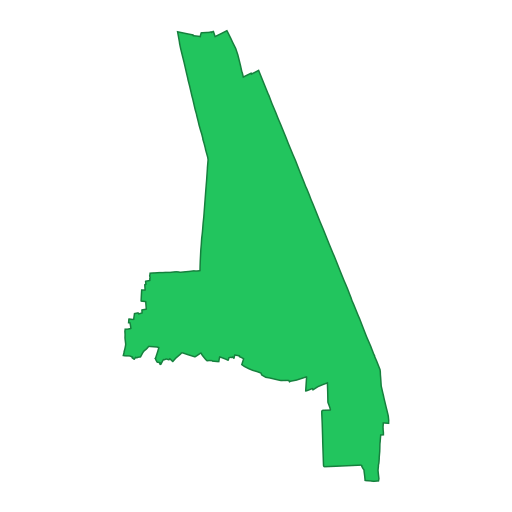 Phutthamonthon, Nakhon Pathom, Thailand (Natural Earth projection)
{"feature_id": "78962969B43033268258309", "entity_name": "Phutthamonthon", "entity_type": "district", "adm_level": 2, "iso_a3": "THA", "parent_name": "Thailand", "parent_adm1": "Nakhon Pathom", "projection": "natural_earth1", "projection_center": [100.276, 13.834], "detail": "fine", "context": "isolated", "style": "filled", "palette": "green", "viewbox_px": 512, "rotation_deg": 0, "n_neighbors": 0, "source": "geoboundaries", "source_scale": "gbopen_adm2", "svg_char_len": 5754}
<svg xmlns="http://www.w3.org/2000/svg" viewBox="0 0 512 512"><path d="M348.8,292.1L347.3,288.2L346.8,287.1L345.9,284.9L344.1,280.8L342.2,276.1L339.6,269.7L336.2,261.1L334.2,256.1L332.9,253.2L329.1,244.0L323.3,229.5L320.0,221.7L316.7,213.4L313.2,204.7L310.9,199.3L309.3,195.0L306.8,188.9L305.7,186.6L303.7,181.4L299.8,171.7L295.5,160.6L292.8,154.4L288.0,142.8L286.2,138.1L283.7,132.0L280.9,125.1L278.0,118.3L275.8,112.7L271.9,103.5L268.9,95.5L268.1,93.9L258.6,70.4L254.6,72.5L251.4,74.1L251.1,73.2L243.3,77.0L242.3,72.9L241.8,71.6L240.4,65.2L238.8,58.7L237.8,54.8L235.7,48.5L232.5,42.1L230.8,38.4L227.8,32.4L226.9,30.7L221.4,33.5L215.1,36.6L213.4,31.5L213.2,31.4L213.1,31.5L211.7,32.4L211.6,32.5L211.5,32.4L211.3,32.1L211.2,31.9L209.1,32.4L206.7,32.5L201.4,32.8L201.2,32.9L200.4,35.6L200.3,36.6L198.6,36.3L193.3,35.7L193.1,35.6L193.1,35.0L192.9,34.9L188.2,34.0L177.6,31.8L179.4,41.8L179.6,43.5L180.3,46.9L180.7,48.8L182.2,54.9L184.1,62.5L186.5,73.0L186.9,74.7L187.3,76.4L187.8,78.4L188.0,79.7L189.7,86.3L191.9,95.9L192.7,98.8L194.0,104.5L194.4,106.3L195.2,109.7L196.5,114.2L196.7,115.4L198.2,121.3L199.1,125.2L200.7,130.8L201.7,133.9L202.3,136.3L202.8,138.2L202.9,139.4L203.0,139.7L204.1,143.4L204.7,145.7L205.3,148.1L205.6,149.7L207.7,157.2L207.8,157.6L208.0,159.2L208.1,159.8L207.4,167.9L207.4,168.8L207.1,173.1L206.6,180.4L205.8,190.2L203.8,216.9L203.1,223.5L202.9,226.2L202.5,231.2L202.3,233.3L201.7,238.2L201.3,244.4L200.8,250.1L200.3,260.4L200.1,266.1L200.0,270.6L198.3,270.9L196.7,271.0L195.6,271.0L194.2,270.9L193.3,270.9L190.5,271.3L188.7,271.5L184.2,271.9L180.5,272.3L179.4,272.2L178.9,272.0L177.9,271.9L176.5,271.8L174.6,271.9L170.3,272.4L169.0,272.4L165.6,272.4L162.9,272.6L159.3,272.6L155.2,272.9L152.4,273.0L150.1,273.2L150.0,274.3L149.8,275.4L149.7,275.7L150.1,277.9L150.0,278.1L149.9,278.4L149.8,278.6L149.9,280.4L149.8,280.5L145.7,281.2L145.6,281.3L145.9,284.2L145.8,284.4L144.9,284.6L144.8,284.8L145.1,290.0L144.9,290.1L141.7,290.0L141.4,295.0L141.1,300.9L141.3,301.1L145.6,301.6L145.8,301.8L145.8,302.9L146.3,309.1L146.2,309.2L142.0,309.9L141.9,310.1L142.1,312.8L142.0,313.0L138.8,313.9L138.7,313.9L138.3,313.1L138.2,313.0L138.0,312.9L134.5,313.6L133.7,319.1L133.7,319.3L133.1,319.4L132.1,319.4L129.0,319.0L128.9,319.1L128.6,322.7L129.1,322.7L129.9,322.8L130.0,323.0L130.4,324.9L130.9,328.4L130.8,328.5L127.5,329.2L125.3,329.2L125.2,329.2L125.2,329.3L124.9,331.2L125.1,334.7L125.0,337.7L125.1,339.0L125.7,344.2L125.5,345.8L125.0,348.3L124.8,349.2L124.1,351.7L124.2,352.0L123.3,355.5L125.0,355.8L129.5,355.9L130.2,356.1L132.3,357.0L132.5,357.2L132.2,357.8L132.3,357.9L134.1,359.2L134.3,359.2L135.7,357.3L135.8,357.3L136.6,357.8L136.9,357.8L137.8,357.3L138.1,357.2L138.4,357.2L140.3,356.9L140.5,356.9L142.7,352.8L143.0,352.3L144.1,350.9L146.1,349.3L147.1,348.3L148.7,346.4L148.8,346.4L157.0,347.0L158.7,347.5L158.8,347.6L158.8,347.8L158.4,349.2L157.5,352.2L155.7,357.7L155.4,358.3L155.2,358.5L155.6,359.0L155.9,359.9L157.0,361.9L157.2,362.1L157.4,362.2L157.5,362.2L160.0,362.7L160.2,362.8L159.8,363.8L160.2,364.4L160.5,364.4L160.9,364.2L162.9,360.4L163.4,359.7L163.5,359.6L163.9,359.8L164.2,359.8L166.2,359.0L166.4,359.0L168.6,359.7L169.0,359.7L169.6,358.8L169.8,358.7L170.1,359.0L172.7,361.5L172.8,361.5L175.8,358.1L180.7,353.9L181.4,353.0L182.0,352.9L182.3,352.9L182.8,352.9L187.7,354.6L194.8,356.8L195.0,356.8L196.2,356.1L200.5,353.2L200.8,353.1L201.0,353.1L201.2,353.3L201.3,353.4L201.5,353.9L201.9,354.7L202.7,355.8L205.6,359.4L207.0,360.7L207.8,360.7L208.4,360.6L209.1,360.5L211.8,360.6L212.1,360.7L212.5,361.1L215.7,361.4L217.8,361.6L218.7,361.6L218.8,361.6L219.1,359.5L219.5,358.0L219.5,357.5L219.6,357.1L219.7,356.9L219.9,356.9L225.9,359.2L228.0,360.2L228.3,360.0L228.8,358.0L228.9,357.9L229.0,357.7L230.7,357.3L231.0,357.3L231.7,357.5L231.9,357.5L232.0,357.5L232.4,357.0L232.6,357.0L232.8,357.0L233.7,358.1L233.9,358.2L234.0,358.1L234.7,355.1L234.8,355.0L238.7,355.7L239.3,355.7L239.4,355.8L239.4,356.6L239.5,356.7L241.2,357.4L243.6,358.7L243.6,358.9L241.8,364.6L244.3,366.4L248.8,368.7L252.6,370.3L256.4,371.4L257.9,371.9L260.8,373.0L261.1,373.3L261.2,373.5L261.6,374.8L261.8,374.9L262.0,375.1L265.6,377.2L265.8,377.3L269.5,377.9L275.8,379.4L280.2,380.4L280.9,380.5L281.7,380.5L287.3,380.4L288.8,380.5L289.5,381.8L289.7,381.7L290.1,381.4L290.6,381.2L296.4,380.1L306.3,376.9L306.5,376.9L306.6,377.0L305.7,390.9L305.8,391.0L307.4,390.5L312.2,388.6L312.4,388.6L313.0,389.8L318.0,386.6L322.8,384.6L327.4,382.9L327.7,391.7L327.9,401.5L327.9,402.1L328.0,402.5L328.2,403.1L329.2,405.7L329.9,407.7L330.3,409.1L330.4,409.8L330.2,410.1L323.4,410.3L322.6,410.4L322.3,410.6L321.9,411.0L321.8,411.3L321.8,413.7L322.2,423.2L322.7,439.5L322.7,441.1L323.5,465.1L323.6,465.8L323.8,466.2L324.0,466.5L324.3,466.6L324.7,466.7L334.6,466.3L360.9,465.1L361.8,465.7L361.8,465.8L361.8,466.3L362.5,467.7L363.3,469.0L363.8,469.6L364.0,470.1L364.1,471.4L364.7,476.1L365.1,480.2L365.1,480.4L366.0,480.6L370.7,480.9L371.8,481.1L373.8,481.3L378.4,480.9L378.5,480.9L378.9,478.7L378.5,475.2L378.2,472.5L378.0,470.2L378.4,466.2L378.4,465.1L378.9,462.9L378.9,462.3L379.0,461.6L379.2,458.8L379.2,457.5L379.4,455.1L379.7,451.7L379.8,448.8L379.9,443.9L380.2,441.1L380.2,440.9L380.7,435.0L383.4,434.8L383.4,432.5L383.1,429.6L383.1,428.5L383.0,427.2L383.1,425.9L383.2,424.5L383.3,422.9L388.6,423.3L388.7,420.4L388.3,416.3L388.0,414.8L386.7,409.4L386.4,408.3L384.0,398.3L383.4,395.4L382.8,393.0L381.2,386.0L380.6,377.1L380.4,374.8L380.3,371.8L380.0,369.6L376.6,361.0L375.2,357.8L374.9,357.3L374.7,356.6L374.6,355.8L374.4,355.4L373.6,353.9L373.4,353.3L372.9,352.0L372.4,350.6L372.0,349.7L370.8,346.5L366.5,336.6L364.2,330.7L359.6,318.8L358.1,315.4L353.6,304.3L351.9,300.5L351.1,298.0L349.6,294.2L348.8,292.1Z" fill="#22c55e" stroke="#15803d" stroke-width="1.5"/></svg>